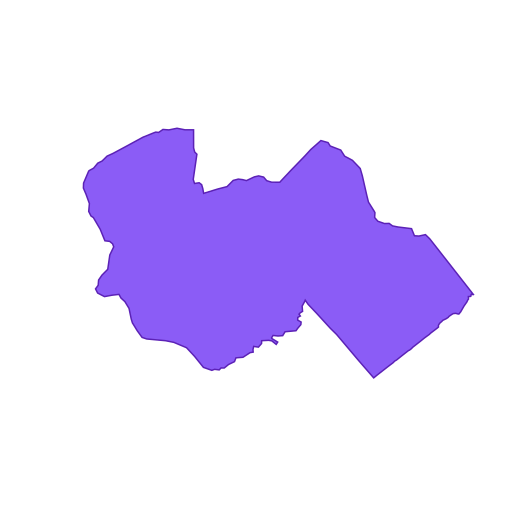 Haut-Nyong, Est, Cameroon (Albers equal-area conic projection), rotated 322°
{"feature_id": "32672807B24706785822934", "entity_name": "Haut-Nyong", "entity_type": "district", "adm_level": 2, "iso_a3": "CMR", "parent_name": "Cameroon", "parent_adm1": "Est", "projection": "albers", "projection_center": [13.641, 3.366], "detail": "fine", "context": "isolated", "style": "filled", "palette": "violet", "viewbox_px": 512, "rotation_deg": 322, "n_neighbors": 0, "source": "geoboundaries", "source_scale": "gbopen_adm2", "svg_char_len": 2604}
<svg xmlns="http://www.w3.org/2000/svg" viewBox="0 0 512 512"><g transform="rotate(322 256 256)"><path d="M150.6,122.9L151.5,125.6L149.7,139.0L146.3,151.0L149.7,154.4L150.5,158.1L149.5,161.2L141.4,165.2L131.0,175.2L123.0,176.2L117.2,178.0L113.6,181.9L109.3,183.1L108.4,187.7L111.6,194.7L118.5,198.3L124.4,201.9L123.7,206.0L124.6,211.2L123.7,219.1L118.9,228.8L117.4,232.7L117.3,233.9L116.4,241.8L116.2,247.5L116.1,250.0L118.8,254.1L132.3,266.8L132.7,267.2L138.1,273.5L144.8,285.5L145.8,297.3L146.0,311.4L150.8,318.9L153.6,319.8L156.9,323.1L159.5,322.7L162.0,324.7L167.6,324.6L174.0,326.0L177.5,323.9L183.4,327.8L191.8,328.5L194.6,330.0L196.0,327.9L198.5,325.8L201.8,329.3L206.5,328.4L208.3,326.2L214.0,330.2L216.2,332.6L217.5,338.1L220.1,337.2L217.7,330.8L217.9,330.1L220.5,329.1L224.1,332.6L228.0,335.2L232.3,333.6L241.5,339.5L244.6,338.6L249.1,337.7L250.9,335.8L249.4,332.2L251.1,330.1L254.0,330.6L254.1,328.3L255.9,328.0L258.6,328.3L261.5,323.9L266.2,321.9L267.6,321.1L267.3,326.1L268.5,338.6L270.1,359.1L271.2,367.4L272.5,401.5L273.7,424.5L274.3,424.5L278.0,424.4L292.0,424.4L298.4,424.5L300.6,424.2L302.7,424.5L309.7,424.4L317.5,424.4L318.5,424.5L318.9,424.7L321.3,424.7L323.5,424.4L327.3,424.4L333.1,424.4L338.3,424.3L344.6,424.5L345.0,424.4L345.9,424.3L354.6,424.4L356.1,424.3L356.7,423.3L358.0,422.4L358.8,422.4L359.8,422.0L361.8,422.0L362.4,421.9L363.6,421.7L367.2,422.5L369.6,422.7L371.0,422.4L374.3,422.6L375.9,422.8L377.9,424.0L378.5,424.7L379.3,425.8L380.1,426.6L380.4,426.6L381.1,426.5L382.0,426.1L382.7,426.1L389.1,423.5L394.0,422.0L394.5,421.7L395.9,421.0L396.9,420.8L398.4,418.7L399.9,419.8L400.7,419.9L401.8,418.8L402.1,418.7L402.6,418.9L403.2,420.1L403.6,420.2L403.5,349.5L402.7,343.5L396.7,340.6L393.3,337.6L395.4,330.2L385.7,320.5L382.1,316.3L381.0,312.3L377.2,309.5L373.4,303.6L373.2,298.7L376.4,295.1L376.7,293.6L377.8,282.8L380.6,276.5L389.2,258.2L392.0,251.2L390.9,240.0L387.3,231.9L388.0,224.7L382.2,215.0L382.6,211.0L378.2,205.0L364.8,205.8L356.4,207.2L334.9,210.2L320.1,212.5L313.7,207.4L310.8,203.2L310.6,198.5L307.4,194.5L303.6,192.7L302.9,192.5L294.9,190.7L292.4,187.5L289.3,184.4L288.7,184.2L284.6,182.4L275.9,183.5L267.2,179.7L253.3,174.4L255.6,170.1L257.1,166.3L256.3,163.3L252.2,161.0L253.7,157.0L272.1,139.4L271.7,136.4L272.6,134.2L273.4,132.4L284.5,118.1L277.7,112.8L272.4,106.7L265.0,103.0L260.6,99.0L255.4,98.7L253.2,96.6L250.6,95.8L240.1,92.8L220.3,89.5L206.4,87.1L200.1,85.6L193.2,86.4L188.5,85.4L182.1,86.8L177.2,86.0L176.4,86.1L165.0,92.4L161.8,96.2L160.1,102.6L157.0,112.1L151.6,117.9L150.6,122.9Z" fill="#8b5cf6" stroke="#5b21b6" stroke-width="1.5"/></g></svg>